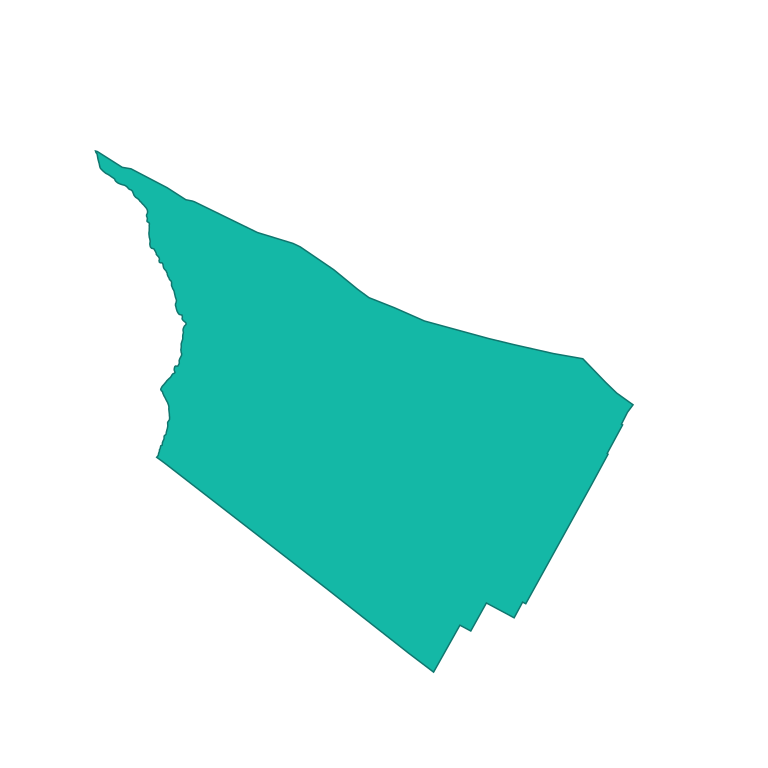 outline of José C. Paz, Buenos Aires, Argentina, rotated 347°
{"feature_id": "61730980B63252687279730", "entity_name": "José C. Paz", "entity_type": "district", "adm_level": 2, "iso_a3": "ARG", "parent_name": "Argentina", "parent_adm1": "Buenos Aires", "projection": "robinson", "projection_center": [-58.809, -34.505], "detail": "fine", "context": "isolated", "style": "filled", "palette": "teal", "viewbox_px": 768, "rotation_deg": 347, "n_neighbors": 0, "source": "geoboundaries", "source_scale": "gbopen_adm2", "svg_char_len": 3417}
<svg xmlns="http://www.w3.org/2000/svg" viewBox="0 0 768 768"><g transform="rotate(347 384 384)"><path d="M326.9,226.5L294.7,207.9L240.3,163.8L238.4,162.6L232.4,159.9L216.8,143.9L185.9,117.4L177.7,114.0L157.0,93.0L155.3,92.1L155.4,93.7L156.1,95.1L156.1,96.9L156.0,98.3L155.9,100.4L156.0,103.9L156.1,105.1L156.0,107.1L156.0,108.8L156.3,110.3L157.0,111.4L157.7,112.6L158.3,113.5L159.2,114.7L160.2,116.0L161.1,116.8L162.1,117.6L163.6,119.1L164.9,120.6L165.8,121.6L166.8,122.6L167.7,123.8L167.8,125.1L168.3,126.2L169.5,127.8L170.3,128.6L172.1,129.9L173.6,130.8L174.9,131.5L175.8,131.9L176.8,132.8L177.7,133.8L178.4,134.9L179.1,136.4L180.2,137.4L181.1,137.9L182.2,139.4L182.5,141.2L182.9,144.0L184.0,146.2L184.7,146.9L185.9,148.2L186.8,149.6L187.4,151.2L188.1,152.0L189.2,154.2L190.1,155.5L190.9,157.1L191.9,159.0L192.5,160.9L192.4,163.1L191.8,164.5L190.7,165.8L190.4,166.9L190.7,168.6L190.6,169.9L189.9,171.2L189.7,172.4L191.3,174.1L191.5,175.2L190.9,176.6L190.6,178.4L190.2,179.8L189.7,181.9L189.0,183.7L188.7,185.0L188.3,188.4L188.4,189.9L188.3,192.2L187.3,194.9L187.2,196.2L187.2,197.8L188.0,199.4L189.2,200.0L190.2,200.6L190.7,202.3L191.1,203.5L191.5,205.3L191.3,206.6L192.9,209.4L193.3,210.5L193.3,211.9L192.6,213.0L192.5,214.7L193.3,215.6L194.4,215.7L195.2,216.4L195.6,217.8L195.4,219.1L195.4,221.2L195.9,222.7L197.1,224.7L197.3,226.0L197.7,227.1L197.5,228.8L197.8,230.7L198.3,232.1L198.5,233.9L199.1,234.9L199.7,235.8L199.9,237.1L199.5,238.6L199.1,240.4L199.4,241.8L199.6,243.7L200.1,245.0L200.4,246.7L200.3,247.9L200.3,249.7L200.3,251.2L200.3,252.5L200.5,254.0L200.6,255.8L199.8,257.8L198.9,259.0L198.5,260.4L198.6,262.0L198.6,264.2L198.7,265.4L198.8,266.7L199.4,268.7L200.1,270.1L201.6,270.9L202.6,271.3L202.7,272.7L202.4,273.9L201.9,275.1L202.3,276.3L202.9,277.4L203.6,278.2L204.7,279.8L204.7,281.2L203.7,282.0L202.6,282.6L201.6,283.8L200.8,285.0L200.3,286.2L200.2,287.7L200.1,288.9L199.5,290.0L198.9,291.2L198.5,292.6L198.3,293.7L198.0,294.9L196.2,297.9L195.4,299.3L195.1,300.8L194.9,301.9L194.3,303.7L193.8,304.8L193.5,307.7L193.7,308.9L193.2,310.5L192.1,311.8L191.4,312.6L190.5,313.7L189.7,315.0L189.2,317.8L188.2,319.0L187.1,320.2L186.0,320.0L185.1,319.6L184.2,319.9L183.5,321.0L183.0,322.1L182.7,323.3L182.9,324.5L182.9,325.9L182.0,326.4L180.8,326.5L179.7,327.2L178.9,328.1L177.9,329.1L176.9,329.8L175.9,330.3L173.1,332.0L172.0,333.0L170.9,333.8L169.4,335.0L168.3,335.7L167.2,336.5L166.5,337.4L165.7,338.2L165.2,339.3L165.6,340.6L166.4,341.5L166.4,342.9L167.0,346.3L167.5,347.7L167.9,349.5L168.4,351.5L168.9,353.1L169.3,356.2L169.3,357.4L169.1,358.7L168.7,359.9L168.5,361.5L168.1,365.0L167.8,366.4L167.6,368.2L167.0,370.4L165.4,371.9L164.6,372.6L164.3,373.8L164.0,375.8L163.6,377.0L162.8,378.8L162.2,379.8L161.7,380.8L161.1,381.9L160.4,383.8L159.5,384.5L158.5,384.8L157.9,385.7L157.5,387.5L156.9,388.7L156.2,389.4L154.9,391.3L154.5,392.6L154.1,393.7L152.6,394.0L151.9,395.3L151.5,396.5L150.5,397.4L150.0,399.1L148.9,400.7L148.4,401.7L148.1,402.7L147.3,403.3L146.0,404.3L152.1,411.3L280.9,569.1L347.5,651.9L367.5,675.9L403.7,636.1L413.0,644.2L434.5,620.4L458.2,641.1L470.0,627.7L472.7,630.0L564.0,528.3L586.5,502.8L585.8,501.9L607.3,477.5L606.3,476.6L614.9,466.3L622.0,460.3L608.7,445.2L600.4,432.4L583.4,404.1L555.8,392.4L519.5,374.9L496.5,363.4L437.6,331.7L411.4,312.1L388.8,296.5L379.6,285.8L360.8,261.4L333.3,231.6L329.7,228.7L326.9,226.5Z" fill="#14b8a6" stroke="#0f766e" stroke-width="1.5"/></g></svg>